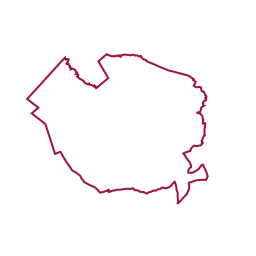 Gura Vadului, Prahova, Romania, rotated 159°
{"feature_id": "2599482B35654118290873", "entity_name": "Gura Vadului", "entity_type": "district", "adm_level": 2, "iso_a3": "ROU", "parent_name": "Romania", "parent_adm1": "Prahova", "projection": "robinson", "projection_center": [26.431, 45.048], "detail": "fine", "context": "isolated", "style": "outline", "palette": "rose", "viewbox_px": 256, "rotation_deg": 159, "n_neighbors": 0, "source": "geoboundaries", "source_scale": "gbopen_adm2", "svg_char_len": 5655}
<svg xmlns="http://www.w3.org/2000/svg" viewBox="0 0 256 256"><g transform="rotate(159 128 128)"><path d="M203.7,161.1L205.4,130.0L205.1,129.8L204.7,129.7L203.7,130.0L201.2,130.1L199.6,130.0L198.9,124.8L198.4,122.4L197.9,119.4L197.6,118.0L195.9,111.7L195.7,110.0L195.4,108.6L195.2,108.2L194.6,107.4L192.6,105.2L191.5,103.3L190.4,101.8L189.9,100.9L189.6,99.8L189.6,98.5L189.4,97.2L189.2,96.5L188.9,95.8L188.5,94.3L188.1,93.0L184.9,89.2L183.5,87.8L181.6,86.0L180.4,84.7L179.8,83.7L178.2,80.7L178.1,80.1L178.2,79.8L178.1,79.6L177.7,79.0L177.5,78.4L177.3,78.0L177.2,77.5L175.9,77.5L173.2,77.0L171.9,77.1L171.0,77.1L170.0,76.8L169.5,77.1L169.4,77.1L168.8,76.9L168.6,77.3L168.3,77.3L168.2,77.2L168.3,77.0L168.9,76.3L169.0,76.1L168.9,75.6L169.0,75.1L168.9,75.0L168.2,75.0L167.7,75.2L167.4,75.3L166.9,74.9L164.5,75.0L162.8,74.4L161.7,74.5L160.3,74.3L159.4,74.0L158.2,73.4L157.5,73.2L155.8,72.8L154.6,72.6L153.4,72.2L151.0,71.8L148.9,70.8L147.3,70.2L146.9,70.1L145.8,70.1L145.0,70.0L144.9,69.8L144.7,69.1L144.2,68.3L144.0,67.7L143.8,67.4L143.5,67.2L143.1,67.2L142.6,66.9L141.9,66.7L141.6,66.5L141.4,66.1L140.5,65.4L139.9,64.3L139.5,64.2L138.3,63.4L137.5,63.1L136.3,62.5L135.6,61.9L135.2,61.2L134.9,60.8L133.9,60.1L133.4,60.1L132.4,60.4L131.9,60.5L129.3,60.2L127.0,60.5L125.3,59.9L124.7,59.6L123.8,59.6L122.9,59.9L121.5,59.9L120.7,59.8L119.9,59.5L119.3,59.6L118.7,60.0L117.0,60.0L116.5,59.8L116.1,59.1L115.5,58.7L114.3,58.2L113.8,58.1L112.7,58.1L111.0,57.9L110.1,58.3L108.6,58.6L106.2,60.0L104.8,60.5L104.5,60.8L104.1,61.2L103.7,61.2L103.7,58.3L103.7,57.7L104.0,56.0L104.5,54.2L104.8,52.6L104.9,51.6L104.8,50.7L105.0,49.2L105.8,47.2L106.1,46.7L106.5,44.9L107.1,43.0L108.0,40.4L108.5,39.9L108.3,39.8L107.0,40.4L105.6,40.9L104.1,41.5L103.3,42.1L97.0,45.2L96.3,45.7L95.3,46.8L94.3,47.6L92.8,49.2L92.2,50.4L92.1,50.8L92.0,51.3L91.1,53.5L90.9,54.9L90.2,55.0L87.9,54.9L83.8,54.7L81.5,54.4L80.4,53.9L78.4,53.4L75.4,52.4L73.9,51.6L73.0,52.3L70.9,54.4L70.7,57.7L70.7,60.4L71.0,63.8L71.1,66.1L71.3,67.0L72.3,67.0L72.6,66.9L73.9,66.2L75.0,65.5L75.4,65.1L76.9,64.3L79.2,63.8L82.0,63.3L83.1,63.2L84.5,63.2L85.0,63.4L85.4,63.8L85.7,64.0L86.7,64.2L87.7,64.6L87.5,65.1L87.4,66.1L87.2,66.4L86.3,67.4L85.6,68.0L85.3,68.3L84.7,68.6L83.4,68.7L83.2,68.9L83.0,69.1L82.7,70.4L82.6,72.8L82.8,74.7L82.9,75.0L83.3,75.4L85.4,84.5L83.2,84.6L78.9,84.3L78.2,84.4L77.6,84.8L76.9,85.9L76.0,86.3L75.4,86.8L74.5,87.3L73.0,87.9L72.5,87.9L72.1,87.7L71.2,86.8L70.5,86.5L69.7,86.3L67.5,86.0L67.3,85.9L66.4,85.8L65.7,85.9L65.3,86.3L63.8,87.0L63.6,87.5L63.6,88.1L64.1,88.2L63.8,88.6L63.7,89.0L63.9,89.5L63.4,89.9L62.6,90.5L62.2,91.1L61.7,91.9L59.8,93.6L59.6,93.6L59.3,94.1L58.9,93.9L58.3,96.2L57.3,98.7L56.9,99.7L55.8,101.2L55.7,102.2L54.7,103.3L54.4,104.1L54.4,105.0L55.3,105.0L56.6,105.3L56.1,106.1L55.2,108.2L54.7,108.5L54.9,109.1L54.8,110.5L54.2,112.3L54.2,112.5L55.2,115.1L56.3,116.1L57.9,117.3L57.7,117.6L55.0,117.0L54.5,117.6L54.2,118.1L53.3,118.8L53.1,119.0L53.0,119.3L52.8,120.1L52.3,120.8L51.4,121.1L49.2,121.5L49.7,121.8L49.5,122.3L49.5,122.9L48.9,123.6L49.2,124.3L49.0,124.7L48.3,125.4L47.6,125.8L46.9,125.9L45.5,125.9L45.1,126.0L44.9,126.3L44.9,126.7L45.0,127.2L45.3,127.8L45.2,128.2L45.0,128.4L44.2,128.5L44.0,128.4L43.4,129.6L43.5,129.9L44.1,130.5L44.0,130.8L43.9,131.1L43.9,131.4L44.1,132.9L44.2,133.8L44.2,134.1L44.4,134.3L44.9,134.9L44.9,135.5L45.4,135.7L45.8,136.2L46.0,136.3L45.4,139.8L46.4,140.6L47.4,140.9L49.5,141.4L49.4,141.4L50.2,142.2L51.4,143.9L51.3,144.0L51.2,144.2L49.2,145.8L48.3,146.8L50.0,149.6L49.2,150.0L52.5,154.9L55.4,157.1L57.4,158.5L59.1,159.8L66.4,165.1L69.3,167.0L76.7,173.9L79.7,177.0L83.5,180.6L86.0,183.1L86.5,183.6L87.1,185.1L87.4,185.4L89.4,187.2L89.9,187.9L89.9,188.0L89.7,188.4L89.7,188.6L90.1,189.0L90.4,189.6L90.4,189.8L90.1,190.2L90.2,190.7L90.5,190.8L91.4,190.7L92.3,191.1L92.6,191.3L92.9,192.0L93.6,192.6L94.0,192.7L94.5,192.8L94.9,192.9L96.0,193.6L96.3,193.7L96.5,193.9L96.6,194.3L96.8,194.4L97.2,194.6L98.0,194.8L99.8,194.9L101.4,196.1L102.1,196.5L102.8,196.6L104.5,197.7L105.8,198.0L108.9,198.2L109.0,198.2L108.6,197.7L108.8,197.2L109.3,197.2L109.6,197.3L109.9,197.6L109.9,198.5L110.7,199.3L110.8,199.3L111.0,199.2L111.3,198.7L111.7,198.9L112.7,199.6L113.2,199.8L113.6,199.7L114.4,199.4L114.7,199.4L115.2,200.2L117.1,200.6L118.0,201.2L118.7,202.0L119.3,202.3L120.4,203.4L121.1,203.8L121.4,204.5L126.3,202.9L131.7,200.8L128.5,181.7L141.4,177.3L141.5,177.1L142.9,176.7L143.5,176.6L143.5,177.2L143.1,177.7L143.1,178.1L143.2,178.4L143.4,178.5L143.8,178.2L144.1,178.2L144.1,178.7L144.2,179.2L144.1,179.6L144.2,179.9L144.4,179.8L144.9,179.3L145.2,179.2L145.4,179.8L146.9,181.3L147.7,181.7L147.9,182.0L148.0,182.7L148.3,183.5L148.6,183.4L149.1,182.9L149.3,182.9L149.6,183.2L150.5,183.9L151.5,185.0L152.3,186.0L152.5,186.4L152.6,186.9L152.4,187.8L152.5,188.0L153.3,188.6L153.9,189.7L155.1,190.9L155.8,192.0L156.0,192.7L156.5,193.3L156.7,193.6L157.1,194.1L156.6,194.3L156.0,194.7L155.4,195.3L155.7,195.6L155.7,196.0L155.8,196.2L156.6,196.5L157.2,196.9L156.4,197.2L155.7,197.7L155.5,198.0L156.0,198.4L156.7,199.3L156.4,200.8L156.6,201.5L157.8,202.4L158.1,202.8L158.4,203.1L159.2,203.3L160.0,203.2L160.2,203.3L160.3,203.3L159.7,204.0L159.7,204.3L159.8,204.5L160.2,204.9L160.8,205.6L160.7,205.7L160.1,205.6L159.9,206.0L159.8,206.6L159.9,206.8L160.7,207.9L160.8,208.1L160.6,208.6L160.6,209.4L160.9,209.7L161.2,209.8L162.2,209.6L162.5,210.1L162.0,210.7L161.0,211.2L160.4,211.8L159.8,212.0L159.2,212.5L159.0,212.8L158.8,213.4L159.5,213.6L159.8,214.0L160.0,214.1L161.0,214.3L161.7,214.3L161.6,215.2L161.8,215.8L161.7,216.2L167.0,213.7L182.6,205.8L211.8,191.2L204.4,179.1L212.6,176.2L207.4,167.5L203.7,161.1Z" fill="none" stroke="#9f1239" stroke-width="2"/></g></svg>